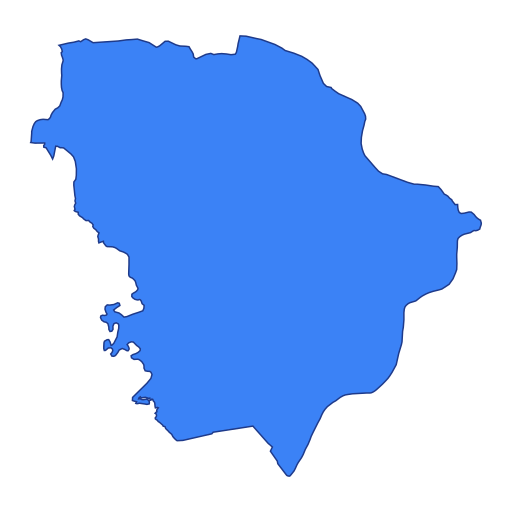 outline of Kampong Trach, Kâmpôt, Cambodia
{"feature_id": "14789045B82018402727436", "entity_name": "Kampong Trach", "entity_type": "district", "adm_level": 2, "iso_a3": "KHM", "parent_name": "Cambodia", "parent_adm1": "Kâmpôt", "projection": "mercator", "projection_center": [104.456, 10.519], "detail": "fine", "context": "isolated", "style": "filled", "palette": "blue", "viewbox_px": 512, "rotation_deg": 0, "n_neighbors": 0, "source": "geoboundaries", "source_scale": "gbopen_adm2", "svg_char_len": 5939}
<svg xmlns="http://www.w3.org/2000/svg" viewBox="0 0 512 512"><path d="M331.1,87.5L326.6,86.5L323.4,83.4L320.0,75.6L318.0,69.5L312.2,63.2L307.0,59.4L301.7,56.3L293.9,53.2L285.1,50.5L281.9,48.1L275.0,44.5L261.2,39.5L256.7,38.6L246.2,36.2L240.0,35.9L238.1,43.7L237.7,46.4L236.4,52.3L235.3,54.2L231.0,54.7L226.6,54.0L221.6,53.6L217.9,53.9L213.8,54.6L210.8,53.4L205.9,54.4L196.7,58.8L195.6,58.7L193.7,57.1L193.2,54.0L192.2,52.0L190.1,48.7L189.0,46.7L186.0,46.3L179.9,46.0L175.8,44.8L168.3,41.2L165.1,41.3L159.7,45.8L157.6,46.9L156.3,47.2L149.1,42.6L142.9,40.8L137.4,39.1L131.3,39.6L126.3,39.9L118.2,41.0L93.1,42.7L88.2,39.8L85.7,38.9L83.6,39.7L80.7,41.7L78.8,40.9L73.9,42.2L68.3,43.1L59.0,45.3L60.5,46.7L61.7,49.0L62.3,51.6L61.2,52.7L61.6,55.3L62.4,57.3L63.1,59.7L63.1,60.9L61.9,64.8L61.5,69.0L61.6,73.3L61.8,75.3L61.3,80.9L61.3,84.1L61.5,87.4L62.1,90.5L63.1,92.7L63.0,97.0L62.3,99.8L61.1,102.3L59.8,105.9L57.8,107.8L55.2,109.2L52.5,112.5L51.0,115.3L50.6,116.9L49.5,118.5L48.0,119.7L43.1,119.3L40.6,119.6L39.1,120.0L37.2,120.7L35.7,121.7L34.3,123.6L33.0,126.5L31.7,131.4L31.7,133.3L31.1,141.6L30.7,142.5L34.9,143.1L44.7,143.0L44.7,144.3L43.7,145.5L43.8,147.2L46.1,147.8L50.7,155.2L52.6,159.0L53.8,155.9L55.7,146.2L57.5,146.3L60.1,147.7L61.7,147.7L63.6,147.9L70.9,153.9L73.5,156.8L75.3,161.4L76.4,168.8L76.3,175.5L75.8,179.3L73.9,181.9L73.8,185.1L74.9,195.6L75.5,198.5L75.0,200.9L75.7,203.2L74.8,204.8L74.3,206.5L75.0,209.2L74.2,210.6L75.1,211.3L75.7,211.6L78.3,212.3L78.2,214.2L79.5,215.8L82.6,217.7L83.5,218.8L86.0,220.6L88.6,220.5L90.2,222.2L91.8,223.1L93.1,224.8L92.8,226.6L93.9,228.3L95.8,229.7L97.2,231.5L99.0,232.9L98.1,235.2L97.8,236.6L98.5,238.9L98.5,241.4L98.9,242.9L101.4,241.9L103.4,241.3L103.5,242.7L105.9,245.9L107.1,246.6L112.4,246.8L114.8,247.5L116.5,248.4L119.8,250.8L123.4,252.0L125.7,253.2L127.4,254.3L129.0,257.1L129.0,264.4L128.7,273.8L128.8,275.1L129.3,276.4L130.4,277.3L132.3,278.1L133.4,279.0L135.0,280.7L135.7,282.4L136.4,285.3L138.0,288.3L137.7,289.7L136.3,291.3L135.2,292.1L133.4,293.1L131.9,294.2L131.8,296.5L132.9,297.9L134.9,299.3L137.2,299.9L138.3,299.9L139.3,299.5L140.3,299.8L141.0,300.7L141.4,301.6L142.1,303.7L144.1,305.3L143.9,308.3L142.8,310.8L138.7,312.3L132.8,314.2L126.9,316.6L124.0,317.1L121.4,314.7L119.0,313.0L114.8,311.8L113.6,310.0L116.8,307.5L119.9,305.5L119.3,303.3L117.7,302.8L113.9,304.5L109.6,305.1L107.2,304.9L105.3,306.7L105.0,309.2L105.9,312.0L107.0,314.0L106.5,315.0L104.6,315.5L102.5,315.2L100.8,316.0L100.5,317.6L101.7,320.1L104.0,321.8L106.3,322.3L107.9,323.7L108.8,327.1L108.9,329.5L110.0,331.5L111.8,331.2L113.0,329.3L112.9,326.2L114.0,323.6L116.2,322.8L118.3,323.9L118.8,325.2L118.7,328.4L117.8,332.2L117.1,336.9L113.8,343.3L112.1,345.0L111.1,345.4L110.1,342.0L108.7,339.6L107.1,339.7L104.5,341.2L104.0,342.7L103.8,346.2L103.8,348.7L104.3,350.5L105.5,350.4L108.3,348.0L111.0,347.8L112.4,349.0L112.8,350.6L112.0,352.5L110.7,354.0L111.9,356.1L113.8,356.3L115.5,355.5L117.8,352.5L119.2,350.0L122.2,348.5L124.9,349.5L126.7,350.6L128.0,350.8L129.0,349.5L129.1,348.3L128.3,346.3L127.1,344.6L128.7,342.8L131.3,341.8L133.4,342.1L136.7,345.5L138.7,346.9L140.3,348.8L140.1,350.6L138.1,352.4L135.9,353.6L132.9,354.6L131.1,355.8L131.5,357.8L134.0,359.4L137.8,359.2L139.3,359.7L141.7,361.6L143.7,364.5L144.0,366.0L144.0,368.2L145.2,370.8L147.8,371.3L149.8,371.4L151.0,372.3L152.0,374.5L150.9,378.4L146.9,383.3L132.6,397.4L132.4,400.5L134.4,401.2L136.6,401.7L135.8,403.4L137.0,403.7L138.3,403.5L139.2,403.2L144.9,404.0L146.9,404.4L149.2,403.9L149.4,402.7L149.2,401.5L148.6,400.4L147.6,399.6L146.6,399.2L143.1,399.7L141.8,399.6L139.8,398.7L138.6,398.9L139.0,397.8L140.3,396.8L141.1,397.8L145.4,397.3L147.7,398.0L148.6,398.4L149.8,398.1L150.2,400.3L151.3,399.9L151.9,399.1L152.8,399.4L153.1,400.7L154.0,401.6L154.6,402.5L154.8,403.5L155.1,406.7L155.4,407.9L157.3,407.4L158.3,407.8L156.9,409.7L156.7,410.7L156.9,411.8L155.9,412.4L155.1,413.3L156.1,413.9L156.5,415.0L156.5,416.0L156.0,417.0L155.3,417.7L155.3,418.8L156.1,419.5L157.0,420.0L158.4,421.7L159.4,422.2L162.7,425.1L163.2,426.2L165.0,426.6L165.7,428.6L168.4,431.2L169.1,432.1L171.7,434.3L173.0,436.8L173.9,437.7L174.4,438.5L175.3,439.2L176.2,440.1L177.1,440.7L182.9,440.4L211.8,433.8L213.2,432.2L252.9,426.1L268.1,443.3L272.4,447.0L270.4,451.2L277.3,461.1L277.8,463.7L285.9,474.3L286.8,475.4L288.1,476.0L289.7,476.1L290.7,475.1L294.0,471.0L295.3,468.5L297.0,464.7L298.3,462.4L301.5,457.7L303.2,454.5L305.3,449.4L308.1,444.2L309.0,442.0L310.1,439.4L311.1,436.5L313.0,432.5L317.8,422.9L320.1,418.7L321.8,414.7L323.3,411.8L325.1,409.2L327.4,406.6L333.0,402.3L335.7,400.8L340.3,397.3L343.0,395.8L345.4,394.9L348.3,394.4L352.5,393.8L366.5,393.0L369.9,393.0L371.2,392.8L372.7,392.2L374.7,391.0L376.4,389.7L382.5,384.1L385.5,381.0L387.9,378.4L389.8,375.8L392.0,372.4L396.2,364.7L398.7,353.5L401.4,344.6L402.0,341.9L402.6,331.3L403.3,327.3L403.9,319.8L403.9,312.6L404.3,309.0L405.0,306.9L406.2,305.3L408.2,303.6L409.9,302.7L415.2,301.1L416.1,300.7L420.2,297.4L422.4,295.9L425.9,294.0L429.1,292.6L433.2,291.3L438.9,289.9L441.9,289.0L449.1,284.3L453.0,278.8L455.6,272.6L456.7,269.5L456.9,263.5L456.7,257.0L456.7,254.1L457.3,247.3L457.4,240.9L458.0,238.5L459.6,236.8L461.8,235.3L464.2,234.2L470.5,232.6L472.7,231.2L474.0,230.5L475.8,230.7L477.7,230.2L479.8,229.0L480.0,227.9L481.1,224.8L481.3,223.1L480.5,220.2L478.8,219.3L477.1,218.0L475.6,216.5L474.1,214.5L472.2,212.9L471.2,212.1L469.0,212.0L464.2,213.2L461.1,213.5L459.3,212.5L458.2,210.1L457.8,207.6L457.6,204.5L455.1,204.6L452.3,201.0L451.7,199.7L449.6,198.2L447.9,196.2L445.9,194.9L444.3,194.2L441.2,189.8L438.3,186.6L433.4,186.2L425.6,185.0L417.3,184.2L414.2,184.2L407.5,182.3L386.6,174.5L382.5,173.8L378.5,171.2L375.0,167.4L364.9,155.7L363.5,152.8L362.2,149.0L361.1,143.4L361.4,137.3L362.5,130.8L364.0,125.3L364.8,121.4L365.7,119.1L365.5,116.2L364.6,113.7L360.7,106.4L357.7,103.2L352.1,99.7L338.7,93.7L335.1,91.2L331.8,88.7L331.1,87.5Z" fill="#3b82f6" stroke="#1e3a8a" stroke-width="1.5"/></svg>